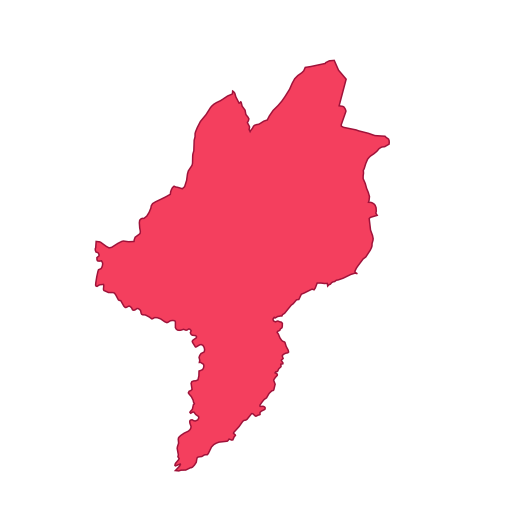 the district of Cuaspud, Nariño, Colombia, rotated 62°
{"feature_id": "7082276B48690619382287", "entity_name": "Cuaspud", "entity_type": "district", "adm_level": 2, "iso_a3": "COL", "parent_name": "Colombia", "parent_adm1": "Nariño", "projection": "robinson", "projection_center": [-77.724, 0.875], "detail": "fine", "context": "isolated", "style": "filled", "palette": "rose", "viewbox_px": 512, "rotation_deg": 62, "n_neighbors": 0, "source": "geoboundaries", "source_scale": "gbopen_adm2", "svg_char_len": 6152}
<svg xmlns="http://www.w3.org/2000/svg" viewBox="0 0 512 512"><g transform="rotate(62 256 256)"><path d="M407.6,427.9L409.5,425.1L409.9,422.8L412.0,418.5L412.2,412.9L412.5,412.7L412.6,411.2L411.7,408.5L410.1,405.6L407.1,403.3L406.4,402.4L406.4,401.1L407.6,398.0L407.4,394.7L408.6,392.2L407.9,390.7L403.7,384.9L402.7,381.8L402.6,378.9L403.0,376.0L406.0,368.4L405.9,367.6L405.0,365.7L407.1,363.9L407.5,362.8L405.3,360.0L404.8,358.4L404.2,358.3L402.0,359.1L401.4,358.6L398.6,350.9L395.8,345.4L395.5,343.9L396.1,342.1L396.0,340.6L393.1,333.9L393.7,332.9L397.1,331.7L397.5,330.9L397.5,329.0L397.9,327.2L397.7,326.7L396.3,326.2L395.9,325.6L395.5,324.1L395.6,320.6L395.4,319.9L394.4,319.2L393.3,319.3L392.0,320.3L390.8,322.9L390.2,323.0L389.4,322.4L387.5,318.6L386.5,316.2L386.2,313.3L383.8,309.5L383.3,308.4L382.5,305.4L382.8,303.8L382.5,303.1L378.2,299.3L374.2,298.8L373.5,298.2L372.3,295.9L371.4,293.3L370.9,292.9L369.9,292.8L368.8,293.4L368.4,294.0L368.0,293.9L367.5,292.7L368.0,291.2L366.3,288.9L365.5,286.0L365.2,285.7L363.2,284.9L363.8,282.9L363.1,282.4L360.1,282.7L359.7,282.2L359.3,280.2L356.8,279.8L356.1,279.3L355.7,277.2L355.8,275.4L356.4,273.4L356.1,272.3L354.3,271.8L350.0,271.8L345.8,271.0L345.0,271.4L343.6,272.6L342.2,273.0L339.5,273.3L335.3,272.9L333.6,273.2L333.2,273.1L332.7,272.2L332.8,269.9L331.9,268.8L331.5,266.7L330.3,265.7L327.8,264.3L326.3,264.7L325.0,266.2L324.0,266.9L323.5,267.6L323.3,269.8L321.6,271.0L320.1,270.8L319.6,270.5L318.9,269.3L318.7,268.7L318.9,268.5L319.7,268.3L319.6,264.9L319.9,264.5L320.5,262.4L321.1,261.3L320.2,260.1L320.0,257.6L315.9,247.9L315.6,245.6L313.7,240.8L314.5,238.6L311.0,233.9L311.3,230.9L311.5,222.9L311.7,221.9L313.1,220.6L312.1,218.7L308.6,214.7L310.4,211.3L312.4,208.5L313.7,205.9L316.2,206.8L315.6,205.0L315.8,203.6L315.0,201.6L315.0,200.1L315.5,198.5L315.1,196.5L315.7,194.7L316.5,189.6L316.8,181.0L317.6,176.8L318.3,175.8L319.3,174.8L317.4,175.9L316.4,176.0L315.7,175.6L313.8,173.0L312.5,170.5L308.9,162.8L308.4,159.5L304.5,152.4L302.8,150.1L301.6,148.9L299.5,147.7L297.0,145.3L295.6,144.4L292.6,143.5L286.9,142.7L276.1,138.5L275.6,136.9L277.0,129.9L274.4,130.1L273.0,128.8L269.7,127.3L267.1,127.0L265.4,127.4L263.7,128.4L262.6,129.4L261.4,131.5L259.9,130.0L256.8,127.9L252.5,127.0L248.2,126.6L243.3,125.5L238.0,125.1L235.6,123.8L233.4,122.2L230.7,121.0L229.8,119.6L225.9,115.7L222.9,112.0L222.0,109.8L221.5,108.1L221.1,104.1L220.5,101.1L220.0,99.3L219.1,97.4L218.8,95.0L218.9,93.6L219.9,91.0L219.7,86.0L218.4,85.1L216.6,84.3L215.0,84.1L212.2,85.5L210.8,85.9L205.5,94.5L200.5,99.1L193.7,106.6L191.6,108.5L183.5,118.3L181.4,119.7L180.1,119.1L170.6,108.8L169.7,108.4L167.7,108.2L165.5,108.5L164.6,109.2L162.4,112.1L142.2,93.4L130.7,95.9L120.0,95.1L118.1,99.6L118.0,103.6L118.5,104.5L114.4,118.8L112.6,124.0L114.9,126.9L115.7,129.5L116.3,134.3L117.6,138.5L120.4,142.8L124.5,148.0L128.9,155.6L131.4,160.5L133.5,165.8L135.5,172.5L138.5,178.3L141.2,182.2L140.6,185.8L141.0,191.2L140.8,192.3L140.3,193.6L139.9,196.0L140.3,197.4L141.5,199.0L142.6,201.6L143.4,202.8L141.1,202.7L139.5,201.4L138.6,201.0L134.5,201.0L133.9,200.8L133.1,199.3L131.6,197.9L129.7,197.9L126.3,198.5L122.1,197.2L117.2,197.9L113.2,196.9L112.7,197.2L113.3,198.4L113.1,199.2L112.7,199.2L106.0,199.1L102.3,198.3L100.2,198.7L99.4,199.2L101.6,200.6L101.8,201.4L101.4,205.9L102.2,214.3L102.0,219.0L102.2,222.0L102.9,224.8L103.6,226.5L107.7,233.7L111.1,241.9L115.0,247.5L117.9,251.0L119.3,252.3L122.2,253.9L124.7,256.2L133.9,261.5L136.4,263.9L137.9,264.9L144.3,268.5L145.8,269.8L146.4,270.8L149.1,275.8L151.4,278.0L156.7,281.8L161.3,286.5L162.0,289.5L158.6,292.9L157.4,294.5L155.9,295.6L156.4,297.6L157.6,299.4L159.1,301.1L161.3,302.7L161.4,308.5L161.0,319.4L161.2,322.7L162.5,324.9L164.4,326.4L167.3,329.9L169.5,333.7L170.2,337.3L169.4,338.7L169.2,339.9L169.8,341.9L171.9,343.4L176.6,345.5L179.8,346.5L181.4,347.5L181.9,348.4L182.7,353.9L184.3,355.7L185.9,356.9L183.6,361.8L180.5,366.1L180.1,367.7L180.0,372.2L180.6,379.3L179.9,381.9L177.2,383.7L171.0,386.7L170.1,387.4L168.1,390.3L173.5,393.7L174.2,394.6L175.6,395.2L177.4,395.4L178.5,394.3L179.5,393.8L181.4,394.0L182.2,394.7L182.7,397.2L184.7,398.2L185.8,398.2L186.3,397.8L187.2,396.3L187.7,394.7L190.0,394.7L191.0,395.1L192.6,396.3L193.9,397.8L194.4,398.9L194.2,401.5L195.4,402.8L199.5,406.3L204.4,410.0L206.4,411.3L207.6,411.3L208.2,410.6L208.0,408.4L208.2,407.1L209.5,404.0L210.7,404.3L213.7,406.3L215.0,406.5L219.0,403.4L221.2,399.4L222.3,398.4L224.4,398.1L229.9,398.1L230.9,397.7L231.9,396.4L238.3,396.2L240.1,395.6L240.5,394.6L240.5,392.1L241.0,391.1L243.1,390.2L245.6,390.3L246.5,389.4L246.8,388.2L246.5,385.7L247.3,384.5L249.8,383.5L252.7,384.3L253.8,384.3L254.7,383.6L256.0,381.5L257.2,380.6L260.0,378.7L262.5,377.6L262.8,377.0L262.8,374.4L264.2,372.0L266.8,369.7L271.3,367.4L273.0,366.0L273.2,365.0L273.0,361.9L273.8,359.8L274.8,358.4L275.6,358.0L276.5,358.2L281.4,360.8L283.3,360.7L284.6,360.0L285.5,358.8L286.2,357.3L286.7,354.4L288.7,352.6L289.0,351.4L288.8,349.7L289.5,348.8L291.3,348.3L291.9,348.7L292.9,350.0L294.7,350.1L296.0,349.5L297.9,346.8L298.5,346.5L299.4,346.4L300.2,347.1L300.7,351.1L301.3,352.3L302.6,352.6L307.8,352.2L308.0,352.1L308.2,351.4L308.0,347.5L308.4,346.0L310.0,344.8L312.5,344.7L314.7,345.4L316.2,346.6L316.4,347.3L316.3,350.3L317.4,352.4L318.8,353.9L321.6,354.6L323.4,356.0L323.9,354.9L327.0,353.2L328.6,353.6L330.2,354.9L331.2,356.5L331.1,358.7L330.8,360.3L335.0,362.7L338.1,365.4L337.9,367.8L337.1,369.5L336.8,371.6L338.0,373.1L343.8,375.1L344.2,376.7L344.0,378.5L345.1,380.0L347.0,379.8L349.9,379.1L353.8,379.2L355.8,379.8L357.5,379.7L357.7,380.0L357.7,380.9L361.5,384.2L362.6,387.3L363.1,387.8L364.2,387.5L364.1,385.0L364.8,384.1L367.7,383.6L370.7,382.1L371.4,382.2L372.4,382.9L373.4,384.5L373.2,387.1L372.2,388.3L370.6,389.3L370.2,390.6L370.3,391.5L371.0,392.2L372.4,392.8L376.1,393.4L377.3,394.3L378.3,395.6L378.9,397.9L378.7,402.6L379.1,406.4L379.6,408.5L380.2,409.8L381.3,410.7L384.9,412.2L387.6,415.0L388.8,415.9L395.1,417.9L396.6,419.2L398.8,419.0L399.6,420.2L401.3,424.5L402.7,425.9L403.5,425.7L403.6,425.3L404.0,421.0L404.2,420.5L404.6,420.6L405.6,422.0L407.6,427.9Z" fill="#f43f5e" stroke="#9f1239" stroke-width="1.5"/></g></svg>